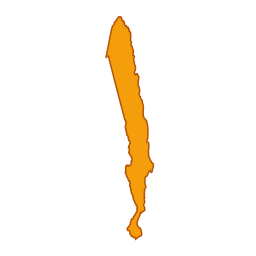 Skeiða- og Gnúpverjahreppur, Suðurland, Iceland, rotated 291°
{"feature_id": "244011B10209439874100", "entity_name": "Skeiða- og Gnúpverjahreppur", "entity_type": "district", "adm_level": 2, "iso_a3": "ISL", "parent_name": "Iceland", "parent_adm1": "Suðurland", "projection": "natural_earth1", "projection_center": [-19.543, 64.398], "detail": "fine", "context": "isolated", "style": "filled", "palette": "amber", "viewbox_px": 256, "rotation_deg": 291, "n_neighbors": 0, "source": "geoboundaries", "source_scale": "gbopen_adm2", "svg_char_len": 5730}
<svg xmlns="http://www.w3.org/2000/svg" viewBox="0 0 256 256"><g transform="rotate(291 128 128)"><path d="M186.3,82.1L188.1,83.9L164.4,100.7L134.8,121.9L134.8,122.2L133.9,122.9L133.9,123.2L133.5,123.3L133.4,123.6L132.5,124.0L132.6,124.3L131.9,124.6L130.1,124.6L129.3,124.9L128.7,124.9L127.8,125.2L127.5,125.4L127.2,125.7L126.1,126.3L125.3,126.6L125.2,126.7L125.3,126.9L125.2,127.4L124.5,127.5L124.2,127.7L123.6,127.8L123.0,128.6L121.2,129.2L120.5,130.4L120.6,130.6L120.4,131.1L119.8,131.5L118.6,131.8L118.5,132.0L118.4,132.2L117.9,132.4L117.8,132.5L117.6,132.8L116.6,133.3L116.2,134.0L116.4,134.4L116.0,134.9L114.7,135.4L114.3,135.2L113.6,135.4L112.9,135.3L111.8,135.4L111.0,135.2L110.4,135.4L110.5,135.6L109.6,135.7L109.6,135.9L109.1,136.6L108.0,137.2L106.5,137.4L106.0,137.3L105.3,137.8L104.8,137.8L104.8,138.1L104.7,138.3L104.6,138.6L104.1,139.1L103.6,139.4L103.7,139.8L103.6,140.1L103.1,140.4L103.0,140.7L102.2,141.2L102.0,141.4L102.0,141.6L101.3,142.3L100.8,142.5L100.4,142.9L99.5,143.2L98.9,143.2L98.7,143.0L98.1,143.2L97.1,143.1L96.5,143.6L95.6,143.9L95.3,143.9L95.1,143.8L94.3,143.7L93.9,143.3L93.7,142.9L93.4,142.7L93.4,142.1L92.5,141.9L92.3,141.7L92.8,141.3L92.9,141.1L92.7,140.9L92.9,140.3L92.7,140.1L92.2,140.2L91.9,140.1L91.8,139.9L91.8,139.7L89.4,140.2L89.2,140.5L87.6,141.2L86.4,141.1L85.8,141.7L85.2,141.8L85.3,142.0L85.1,142.2L84.6,142.5L83.9,143.2L83.3,143.4L82.7,143.7L82.5,144.0L82.1,144.2L81.8,145.1L80.5,146.2L80.1,146.7L78.8,147.6L79.1,148.1L78.8,148.2L78.6,148.7L78.3,149.0L78.1,149.5L77.6,149.7L76.7,149.6L76.4,149.8L76.1,150.1L74.8,150.3L74.1,150.8L73.9,151.1L73.4,151.4L73.2,151.8L72.6,152.2L71.7,152.6L71.4,152.8L70.8,152.9L69.9,153.8L69.0,154.2L68.8,154.3L68.5,154.7L68.0,155.1L68.0,155.4L67.0,156.1L66.6,156.7L65.9,157.1L65.7,157.5L65.4,157.4L65.0,157.6L64.4,158.1L64.0,158.3L63.5,158.7L62.7,159.3L62.6,159.7L62.0,160.1L61.8,160.7L60.5,161.2L60.3,161.5L60.0,161.9L59.8,162.6L59.2,163.2L58.6,163.4L58.7,163.6L59.0,163.8L58.8,164.3L57.7,164.6L57.2,165.1L56.9,165.3L55.6,165.3L54.2,166.3L53.2,166.2L52.4,165.9L50.8,165.9L49.2,165.5L48.7,165.6L48.4,165.3L47.8,165.2L47.4,164.9L47.2,165.0L47.0,165.3L46.8,165.3L45.4,165.1L44.8,164.8L44.7,164.1L43.8,164.0L39.6,164.3L39.2,164.4L38.7,164.7L35.4,163.7L34.3,163.2L33.8,163.3L32.2,164.5L32.3,165.1L32.6,166.0L32.4,166.4L29.8,167.9L29.3,168.5L28.9,169.4L28.2,169.8L28.4,171.3L28.1,171.9L27.7,172.2L27.7,172.4L27.8,172.7L28.3,173.3L28.3,173.5L27.9,173.9L27.4,174.7L26.9,175.0L28.6,176.0L29.2,176.4L30.6,177.2L32.3,179.0L33.7,178.8L34.5,178.6L35.0,178.3L37.3,176.8L38.2,176.0L38.6,175.4L38.9,174.7L39.4,173.2L40.2,172.0L40.8,171.4L42.9,170.4L44.1,170.2L48.5,170.1L49.0,170.3L49.9,170.3L51.5,170.2L53.2,170.2L52.9,170.6L53.0,170.7L54.6,171.2L55.6,172.0L56.0,172.4L56.8,172.8L57.0,173.1L57.2,172.9L59.5,172.3L60.5,171.0L61.5,170.2L62.0,170.1L64.5,170.2L65.0,170.1L65.9,169.6L67.1,168.6L67.7,168.5L68.9,168.7L69.1,168.5L69.2,168.1L69.9,167.7L70.9,167.4L71.6,167.4L72.8,166.6L73.8,166.2L74.5,166.3L75.8,165.9L76.0,165.8L76.3,165.4L78.4,165.9L79.3,165.9L79.7,165.7L80.9,164.6L81.4,164.4L81.9,164.0L83.3,163.1L85.1,162.8L85.8,162.5L86.5,162.1L87.3,161.9L88.6,161.9L89.3,162.3L89.6,162.7L91.2,163.1L93.3,163.0L94.4,163.1L95.2,163.3L95.8,163.7L96.1,164.0L95.4,164.3L95.2,164.5L95.3,164.9L95.2,165.2L95.3,165.5L94.9,165.7L95.5,166.1L97.4,165.9L98.3,165.5L99.1,165.6L100.6,165.4L101.6,165.4L102.6,164.9L103.4,164.6L103.8,164.3L103.9,163.2L104.3,162.5L105.9,160.5L106.5,160.1L107.0,159.2L108.1,158.6L109.3,157.2L110.0,157.0L114.1,155.2L117.2,154.4L119.8,153.4L121.4,152.6L121.7,152.4L121.8,152.1L121.8,151.7L121.5,150.9L121.7,150.7L122.0,150.5L125.2,150.1L126.2,149.9L127.2,149.4L129.3,148.9L132.6,147.6L137.2,145.5L139.1,144.1L141.3,142.8L141.7,142.2L141.8,141.5L142.6,140.8L142.7,139.9L143.0,139.5L143.8,138.8L144.7,138.3L144.7,138.1L145.0,137.9L146.7,137.0L148.8,136.4L149.6,135.9L152.5,135.2L153.5,134.6L154.0,134.4L155.8,133.2L156.7,132.4L158.2,131.7L158.8,131.3L159.3,130.6L160.2,129.3L160.4,128.9L161.5,128.3L162.0,127.5L163.6,126.2L165.0,125.9L166.0,125.9L166.7,125.7L167.5,125.4L168.8,124.4L169.5,124.1L170.3,123.6L170.9,122.8L171.5,122.4L171.9,121.8L174.1,121.3L175.4,120.8L177.4,120.3L178.5,120.2L179.9,119.5L180.7,118.1L181.9,117.4L181.9,117.1L181.7,116.6L181.4,116.2L181.1,116.1L180.4,116.1L180.2,115.9L180.6,115.2L181.9,114.2L182.7,113.9L184.6,114.1L185.1,114.0L186.1,113.6L187.7,113.2L189.1,112.0L189.3,111.7L189.8,111.1L190.2,110.9L191.2,110.6L191.5,110.2L192.7,109.7L192.9,109.6L193.1,109.2L194.1,108.6L194.7,108.4L196.7,108.4L197.3,108.2L197.6,107.8L197.5,106.7L198.7,106.4L200.1,105.8L201.0,105.9L201.5,105.5L202.2,105.2L202.7,104.9L202.8,104.6L203.5,104.1L204.3,103.6L205.1,102.9L205.7,102.6L205.9,102.1L205.9,101.7L206.1,101.4L206.5,101.0L207.6,100.6L208.7,100.7L209.0,100.7L209.3,100.5L209.7,99.9L211.1,98.8L211.6,98.6L214.2,98.0L214.4,97.7L215.1,97.4L215.3,97.1L215.5,97.0L216.5,97.0L216.8,96.9L218.4,95.7L218.5,95.5L218.4,95.2L218.7,94.8L218.6,94.4L219.1,94.2L220.1,94.1L220.7,93.5L220.7,93.2L221.0,92.9L221.1,92.6L221.3,92.3L221.8,92.1L221.4,91.7L221.5,91.4L221.8,91.1L221.7,90.7L222.2,90.5L222.2,90.3L222.2,89.9L222.3,89.7L222.8,89.6L222.4,89.0L222.5,88.8L222.6,88.2L223.2,87.8L223.9,87.5L223.9,87.3L224.1,87.0L224.6,86.8L225.0,86.9L225.4,86.7L225.4,86.4L225.2,86.1L225.3,86.0L225.9,85.8L226.1,85.6L225.9,85.2L226.0,85.0L226.1,84.9L226.2,84.6L226.5,84.4L226.4,83.9L226.5,83.8L226.4,83.7L227.6,83.1L228.1,82.6L229.0,82.3L229.1,81.3L228.6,80.5L228.6,79.6L228.4,79.4L227.5,79.2L227.2,79.3L226.6,79.0L226.2,78.9L226.0,78.7L225.1,78.7L224.2,78.4L223.3,78.3L222.9,78.1L222.8,77.8L221.7,77.8L221.5,77.5L220.1,77.9L219.6,77.9L218.8,77.6L218.4,77.3L217.6,77.3L217.1,77.0L213.3,77.4L186.3,82.1Z" fill="#f59e0b" stroke="#b45309" stroke-width="1.5"/></g></svg>